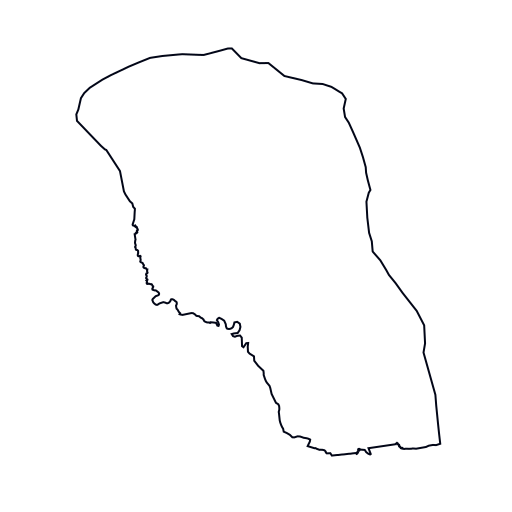 the district of Ifugao, Ifugao, Philippines, rotated 84°
{"feature_id": "2640588B2684850326122", "entity_name": "Ifugao", "entity_type": "district", "adm_level": 2, "iso_a3": "PHL", "parent_name": "Philippines", "parent_adm1": "Ifugao", "projection": "mercator", "projection_center": [121.288, 16.824], "detail": "fine", "context": "isolated", "style": "outline", "palette": "ink", "viewbox_px": 512, "rotation_deg": 84, "n_neighbors": 0, "source": "geoboundaries", "source_scale": "gbopen_adm2", "svg_char_len": 5849}
<svg xmlns="http://www.w3.org/2000/svg" viewBox="0 0 512 512"><g transform="rotate(84 256 256)"><path d="M64.5,390.2L71.3,403.7L76.0,409.8L80.7,413.6L91.8,417.4L96.4,419.9L102.9,419.9L130.1,398.8L133.2,396.0L134.2,395.1L134.9,393.8L157.3,382.4L177.9,380.6L181.2,379.4L188.4,375.7L190.8,373.5L194.3,373.0L196.3,371.5L196.9,371.6L198.3,371.8L199.2,372.0L206.8,373.2L211.7,375.4L212.2,375.4L212.7,375.2L213.5,373.4L213.2,373.2L213.0,372.9L213.3,372.7L213.6,372.6L213.8,372.9L213.9,373.1L214.0,373.2L214.3,372.9L214.2,372.7L214.5,372.3L214.6,372.2L214.5,371.9L214.7,371.7L215.0,371.8L215.1,371.5L215.5,371.6L215.9,371.3L216.1,371.3L216.7,371.0L216.9,370.9L217.1,371.0L217.4,370.8L217.8,370.9L217.8,371.0L218.0,371.3L218.0,371.5L218.3,371.8L218.5,371.9L218.9,371.9L219.1,371.9L219.1,371.7L219.4,371.6L219.7,371.6L219.8,371.6L219.8,371.8L219.6,371.9L219.5,372.0L219.8,372.3L220.2,372.3L220.4,372.4L220.5,372.8L220.9,372.6L221.1,373.2L221.4,373.7L221.5,373.9L221.6,374.4L227.2,374.1L228.0,374.5L228.7,374.6L229.6,374.9L231.1,374.9L231.6,374.7L232.6,374.5L233.4,374.6L233.8,375.0L234.0,375.2L234.6,375.3L235.4,374.8L236.5,374.9L237.1,374.7L237.4,374.5L237.7,373.4L238.1,373.0L238.7,372.7L240.0,372.9L240.6,372.8L241.1,373.0L241.8,373.3L242.6,373.5L243.3,373.5L243.8,373.2L244.0,372.8L244.0,372.4L243.7,371.3L244.0,370.9L244.3,370.8L244.6,370.9L245.3,371.2L245.9,371.3L247.4,371.1L248.2,371.2L249.3,371.7L249.7,371.6L250.1,371.2L250.7,370.2L250.9,369.8L251.1,369.5L251.7,369.3L252.5,369.0L252.9,368.7L253.5,368.4L254.0,368.6L254.4,368.9L254.9,369.1L255.5,369.1L256.0,368.7L256.4,368.1L256.5,367.5L256.5,367.3L256.6,367.0L256.8,366.6L257.3,366.5L257.8,366.0L258.1,365.8L258.1,365.5L258.7,365.6L259.2,365.9L260.1,365.9L260.6,365.7L261.3,365.6L261.7,365.9L261.9,366.3L261.9,366.8L262.0,366.9L262.9,367.3L263.5,367.2L264.1,366.8L264.8,366.8L265.3,366.9L266.1,367.5L266.5,367.6L267.1,367.3L267.6,366.8L268.0,366.4L268.5,366.5L268.8,366.9L269.0,367.5L269.5,367.2L270.4,367.1L270.8,367.1L271.1,367.3L271.4,367.6L271.6,367.5L272.2,367.4L272.4,367.0L272.5,366.4L272.3,366.0L272.3,365.5L272.5,365.3L272.6,364.8L272.7,364.4L273.0,364.0L273.1,363.4L273.1,362.8L273.7,362.4L274.9,362.0L275.4,361.4L275.9,361.4L276.3,361.7L277.1,362.0L277.3,362.4L277.9,362.6L278.7,362.4L279.6,360.5L279.7,359.3L280.4,358.5L282.0,356.8L283.0,356.3L283.9,356.4L284.6,356.9L284.9,357.6L285.5,360.0L288.0,363.2L288.9,363.7L291.2,363.1L292.4,362.3L293.8,360.9L294.3,359.6L294.1,358.8L293.5,357.8L293.0,356.6L292.2,353.0L292.6,351.9L292.9,351.1L293.2,350.6L293.8,349.4L293.5,347.8L292.5,346.5L291.7,345.8L290.8,345.4L290.2,344.9L290.2,344.2L290.3,343.5L290.9,342.5L291.4,341.9L292.2,341.3L292.9,340.4L293.6,339.8L294.7,339.7L295.9,340.0L296.9,340.7L298.3,340.7L300.1,340.5L300.9,339.8L302.0,339.2L302.9,338.9L303.8,338.4L304.9,337.5L305.9,338.1L306.3,337.2L306.9,335.2L306.3,329.3L306.0,326.2L306.3,324.6L307.5,323.0L309.3,321.5L309.6,320.3L310.0,318.8L310.7,318.2L311.5,317.4L312.1,316.5L312.3,316.0L312.9,315.6L313.7,314.8L314.7,314.6L315.5,314.1L316.1,313.3L316.5,312.5L316.8,312.0L317.0,311.3L317.1,310.4L317.3,309.5L317.8,308.7L317.7,308.4L317.2,308.5L317.1,308.2L317.2,307.7L317.4,306.9L317.6,305.7L318.3,302.7L321.2,301.7L321.6,300.6L320.4,300.0L317.9,300.5L315.7,301.6L314.4,300.7L313.6,299.1L315.0,296.8L317.0,294.4L320.7,293.2L323.0,293.2L325.0,292.6L325.6,291.4L325.8,289.7L325.3,287.8L324.2,286.3L322.0,285.2L319.8,284.4L319.5,281.6L321.6,279.2L324.9,278.9L328.1,280.1L330.7,282.3L330.7,286.0L331.1,288.3L333.3,287.2L334.1,285.4L333.5,283.4L333.4,280.2L335.7,278.7L344.2,279.3L345.4,278.0L341.7,274.8L341.7,272.9L345.3,273.7L350.4,274.0L352.4,272.6L355.6,268.5L360.0,268.7L365.5,265.3L371.0,260.6L373.5,260.6L375.1,260.8L379.2,259.9L381.5,259.2L383.0,258.5L386.6,256.1L388.8,255.6L394.8,254.9L404.1,251.5L405.8,249.3L407.6,248.7L409.8,248.7L411.3,248.9L413.5,249.7L414.7,249.6L418.6,249.6L419.7,249.6L421.9,249.6L424.1,249.3L426.9,248.6L429.2,247.8L430.5,247.1L433.6,246.8L435.2,244.0L437.4,241.0L440.1,238.8L440.4,236.9L439.7,233.5L440.1,231.1L441.3,228.5L441.7,227.8L442.5,224.8L443.1,223.2L443.6,222.5L443.8,221.8L444.3,221.3L446.3,221.9L448.2,223.1L449.8,224.1L450.5,224.5L453.3,217.9L453.3,216.9L454.2,215.6L454.7,214.5L455.4,213.1L455.4,212.2L455.7,210.1L456.4,208.2L457.8,207.1L458.7,207.1L459.7,206.2L459.9,202.7L462.4,201.4L462.4,196.3L462.5,194.9L462.4,191.6L462.5,189.3L462.4,184.7L462.5,182.6L462.4,180.6L462.4,176.7L463.1,176.8L463.4,176.6L463.3,176.3L462.7,175.6L462.1,175.2L461.8,175.6L461.6,175.7L461.2,175.5L460.7,175.0L460.4,174.8L460.3,174.4L460.4,173.7L460.1,173.4L459.7,173.3L459.3,173.7L459.1,174.2L458.9,174.5L458.6,174.3L458.6,173.4L459.5,172.1L460.2,168.3L460.4,168.0L462.6,166.9L464.4,165.0L465.3,163.3L464.9,162.6L458.9,164.2L457.8,137.2L456.6,135.4L457.0,135.1L457.0,134.8L457.3,134.6L457.6,134.7L458.0,134.8L458.0,134.5L458.5,134.1L458.5,133.7L458.7,133.4L458.9,133.4L459.2,133.5L459.9,133.6L460.0,133.3L460.3,133.2L460.6,133.3L460.9,133.0L460.8,132.6L462.0,132.2L461.9,131.3L462.0,130.9L462.6,131.3L462.8,130.9L463.4,128.7L463.3,127.3L463.8,123.6L463.9,121.5L463.8,120.2L464.4,116.9L463.7,106.9L462.7,104.0L462.4,99.8L462.9,96.7L462.0,92.4L452.0,92.5L441.6,92.5L423.5,92.4L412.8,92.1L369.5,99.5L360.6,97.0L342.5,96.0L327.4,101.9L308.0,114.1L297.6,120.0L288.7,125.8L283.7,127.9L273.3,132.8L264.2,139.2L263.6,139.5L253.5,139.3L244.8,141.1L229.5,141.3L213.5,140.5L204.8,137.2L202.3,135.3L192.3,136.9L184.7,137.8L179.1,137.6L168.9,139.3L159.1,141.4L142.7,146.6L133.1,149.8L127.1,152.9L118.5,153.4L109.2,150.3L103.2,153.4L101.3,156.0L98.1,160.1L95.7,163.3L91.9,171.8L90.3,181.4L85.8,192.2L80.0,208.9L65.4,223.5L64.6,232.4L57.7,249.9L47.1,258.3L46.7,262.3L48.0,270.0L50.6,287.0L49.9,292.4L47.6,308.1L47.5,311.9L47.3,328.1L47.8,339.0L47.9,340.7L51.1,351.9L54.4,362.8L58.6,374.7L60.8,381.0L64.5,390.2Z" fill="none" stroke="#020617" stroke-width="2"/></g></svg>